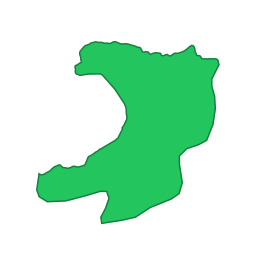 Ihorombe, Natural Earth projection, rotated 81°
{"feature_id": "MDG-5874", "entity_name": "Ihorombe", "entity_type": "Autonomous Province", "adm_level": 1, "iso_a3": "MDG", "parent_name": "Madagascar", "parent_adm1": "", "projection": "natural_earth1", "projection_center": [45.657, -22.685], "detail": "fine", "context": "isolated", "style": "filled", "palette": "green", "viewbox_px": 256, "rotation_deg": 81, "n_neighbors": 0, "source": "natural_earth", "source_scale": "10m", "svg_char_len": 3269}
<svg xmlns="http://www.w3.org/2000/svg" viewBox="0 0 256 256"><g transform="rotate(81 128 128)"><path d="M200.8,87.8L204.9,96.4L210.0,118.5L217.2,134.5L218.2,149.2L218.1,161.5L218.1,168.8L211.9,168.8L203.7,162.7L194.5,157.8L187.3,159.0L186.2,165.1L188.2,179.9L190.3,200.8L188.2,219.2L182.0,226.5L174.8,227.8L159.3,223.0L159.9,222.4L160.3,221.8L160.5,221.3L160.6,220.5L160.7,219.7L160.6,218.7L160.3,217.4L159.5,215.8L158.3,212.2L157.7,211.1L156.5,209.6L155.0,207.1L154.6,206.1L154.3,204.0L153.8,202.8L153.7,201.8L153.9,200.9L154.5,200.3L156.0,199.3L156.6,198.7L157.1,197.9L157.5,196.1L157.8,195.2L158.2,194.3L158.4,193.4L158.4,192.4L157.9,190.4L157.6,189.4L157.3,188.4L157.3,187.4L157.6,186.4L158.4,184.7L158.7,183.8L158.7,183.0L158.3,178.3L157.9,176.9L157.3,176.1L156.5,175.5L150.7,172.0L150.2,171.5L149.9,171.0L149.6,169.6L149.4,169.0L148.0,166.0L147.1,164.4L146.4,162.8L146.3,162.3L146.1,161.7L144.5,159.1L144.4,158.9L144.3,158.3L144.1,157.2L143.9,156.7L143.1,155.1L142.8,154.1L138.2,142.6L136.6,140.0L136.2,139.4L130.3,135.2L128.4,133.6L127.1,133.9L125.2,132.0L119.2,127.9L117.2,127.3L113.7,127.4L108.4,126.8L107.3,126.9L103.3,127.8L87.6,134.9L71.5,145.1L70.2,147.0L68.5,158.9L68.5,167.1L67.3,169.1L66.9,170.1L65.8,171.1L65.3,171.2L64.8,171.3L64.2,171.3L62.8,170.8L61.7,170.7L59.9,170.8L58.9,170.7L58.4,170.4L58.1,170.0L58.0,169.5L57.6,167.9L57.2,167.1L56.9,166.7L56.4,165.8L56.2,164.6L55.9,163.9L55.5,163.6L55.1,163.6L53.7,163.9L53.2,163.9L51.6,163.7L51.1,163.6L47.9,164.1L47.1,164.1L45.8,163.8L45.2,163.5L44.7,163.2L42.3,160.5L41.4,159.4L40.8,158.6L40.5,158.3L40.3,157.9L40.1,157.4L39.8,156.7L39.7,156.1L39.5,154.3L39.3,153.8L39.0,152.8L38.7,152.3L38.4,151.6L38.3,151.0L38.2,150.4L38.1,149.1L37.9,147.6L37.8,146.9L37.9,146.3L38.6,144.4L39.4,140.5L39.8,139.5L40.3,138.7L40.5,138.2L40.6,137.7L40.7,137.3L40.8,135.9L40.8,135.5L41.0,135.1L41.5,133.7L41.6,133.2L41.6,132.5L41.6,132.0L41.5,131.4L40.7,129.1L40.7,128.4L40.7,127.8L40.7,127.3L40.9,126.8L41.1,126.3L43.4,122.8L43.8,121.8L44.1,120.7L44.3,118.1L44.5,116.9L45.1,114.8L48.5,107.7L49.0,106.9L49.3,106.5L49.6,106.1L49.8,105.6L50.0,105.1L50.0,104.5L50.2,104.0L50.5,103.6L50.8,103.3L51.7,102.9L53.5,102.3L54.8,101.7L55.1,101.4L55.4,101.0L55.5,100.5L55.5,100.0L55.4,98.9L55.4,98.4L56.1,96.4L56.3,96.0L56.7,95.8L58.0,95.2L58.4,94.9L58.6,94.6L58.7,94.1L58.6,93.5L58.2,91.8L58.0,91.1L58.0,90.4L58.0,89.1L58.2,87.9L58.3,87.4L58.7,86.4L59.1,84.8L59.3,84.3L59.6,84.0L60.1,83.9L61.2,83.8L61.5,83.6L61.8,83.2L62.1,82.1L62.1,81.4L61.9,80.5L61.5,79.2L61.4,78.4L61.5,77.8L62.8,76.5L63.1,76.2L63.3,75.7L63.4,75.2L63.3,74.4L63.0,73.3L62.0,71.6L61.6,70.6L61.4,69.8L61.5,69.3L61.6,68.7L62.0,67.7L62.0,67.2L62.0,66.6L61.3,62.3L61.1,61.6L60.8,60.9L60.3,59.5L59.1,57.2L57.3,54.4L56.7,53.0L56.4,52.0L56.6,51.5L56.8,51.1L57.4,50.5L57.8,50.2L58.6,49.9L59.6,49.7L63.1,49.7L66.5,48.8L66.9,48.6L67.2,48.3L67.4,47.8L67.6,46.7L67.8,46.2L68.0,45.8L68.3,45.4L68.7,45.2L69.1,45.0L70.1,44.7L70.5,44.5L70.9,44.3L71.2,43.9L71.4,43.5L73.3,31.1L73.4,30.5L73.6,30.1L73.9,29.7L74.1,29.3L74.5,29.0L74.9,28.8L75.3,28.6L75.8,28.5L78.6,28.4L79.7,28.2L92.6,37.5L99.9,38.7L110.2,37.5L122.5,38.7L138.0,43.6L152.4,52.2L155.5,60.8L157.6,73.1L163.7,81.7L172.0,82.9L182.3,82.9L190.5,82.9L200.8,87.8Z" fill="#22c55e" stroke="#15803d" stroke-width="1.5"/></g></svg>